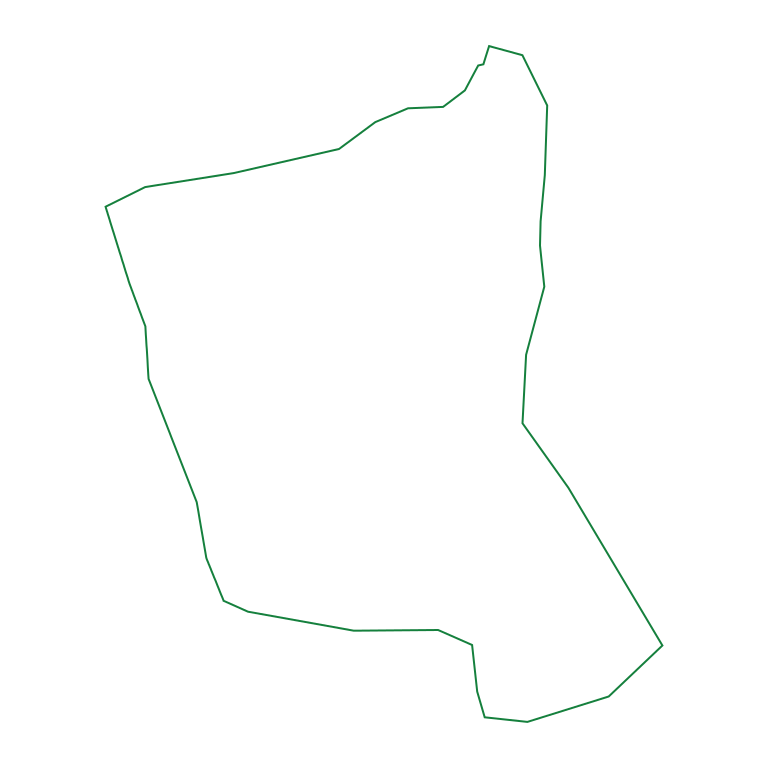 outline of Abyei, South Kordufan, Sudan
{"feature_id": "16777658B55499418827559", "entity_name": "Abyei", "entity_type": "district", "adm_level": 2, "iso_a3": "SDN", "parent_name": "Sudan", "parent_adm1": "South Kordufan", "projection": "robinson", "projection_center": [27.441, 10.846], "detail": "fine", "context": "isolated", "style": "outline", "palette": "green", "viewbox_px": 768, "rotation_deg": 0, "n_neighbors": 0, "source": "geoboundaries", "source_scale": "gbopen_adm2", "svg_char_len": 2388}
<svg xmlns="http://www.w3.org/2000/svg" viewBox="0 0 768 768"><path d="M109.5,219.4L110.3,222.2L110.4,222.5L111.3,225.4L111.9,227.3L113.1,231.2L113.2,231.4L115.7,239.5L116.6,242.4L117.1,244.1L117.5,245.2L117.6,245.6L117.9,246.7L118.0,247.0L118.3,247.8L118.9,249.8L119.1,250.4L119.5,251.8L120.3,254.2L121.3,257.3L121.7,258.8L122.4,261.1L123.6,264.7L124.0,266.1L124.5,267.8L124.8,268.6L124.8,268.8L125.4,270.7L125.5,271.1L126.3,273.6L126.6,274.4L127.0,275.7L127.7,277.8L128.6,281.0L129.0,282.1L129.1,282.5L129.4,283.3L129.5,283.7L129.6,284.0L130.2,285.5L130.3,285.9L130.8,287.1L131.8,289.9L131.9,290.3L132.2,290.8L132.7,292.3L132.9,292.8L133.2,293.6L133.6,294.8L134.4,296.9L135.0,298.4L135.0,298.6L136.1,301.4L137.6,305.4L137.7,305.8L139.4,310.4L140.3,312.8L140.5,313.2L142.1,317.7L142.8,319.5L143.4,321.1L145.4,326.4L145.4,326.7L145.8,334.3L146.1,338.7L146.4,344.0L146.5,345.6L146.8,349.1L147.4,358.9L147.5,360.7L147.8,366.8L148.3,375.0L148.6,379.0L149.1,380.2L156.8,399.9L169.3,431.9L169.7,432.9L171.1,436.6L177.0,451.7L196.7,502.1L198.3,511.1L199.3,517.1L199.9,520.7L200.4,523.6L201.0,527.1L202.9,537.9L203.2,539.7L203.3,540.4L205.1,550.8L206.0,556.1L206.2,557.3L206.4,558.1L206.8,559.3L207.5,561.0L207.9,561.9L208.3,562.9L208.6,563.8L209.0,564.7L209.2,565.1L209.3,565.3L209.4,565.6L209.6,566.1L209.8,566.7L209.9,566.9L210.2,567.6L210.8,569.0L210.9,569.4L211.1,569.9L211.3,570.3L211.4,570.7L211.8,571.6L211.9,571.8L212.2,572.6L212.6,573.6L212.9,574.3L213.1,574.8L213.4,575.5L213.8,576.6L214.2,577.6L214.3,577.8L214.5,578.2L214.6,578.5L215.0,579.4L215.6,580.8L216.7,583.6L217.6,585.9L217.8,586.4L218.4,587.8L218.5,588.1L218.6,588.4L219.3,590.0L219.4,590.4L220.7,593.6L221.1,594.6L221.6,595.8L221.8,596.2L222.3,597.4L222.7,598.4L223.1,599.4L223.3,599.9L223.6,600.6L223.6,600.8L248.0,611.7L353.8,630.7L438.1,630.0L472.1,645.0L477.2,691.6L484.7,717.3L527.4,721.9L608.7,696.5L662.4,645.5L568.4,487.8L522.5,423.3L526.1,354.8L544.3,286.7L541.2,257.2L540.0,245.5L540.6,221.3L544.8,175.2L547.2,105.5L522.4,55.2L489.1,46.1L486.0,55.9L483.4,64.3L478.2,65.5L474.1,73.1L464.9,90.4L443.1,106.9L408.0,108.3L375.3,122.1L339.0,149.0L233.6,173.1L155.0,185.5L145.1,187.1L105.6,206.7L105.7,207.1L106.0,208.2L106.1,208.4L106.2,208.9L106.4,209.4L107.0,211.5L107.2,211.9L107.9,214.4L108.1,215.0L108.6,216.5L109.1,218.2L109.3,218.8L109.4,219.0L109.5,219.4Z" fill="none" stroke="#15803d" stroke-width="2"/></svg>